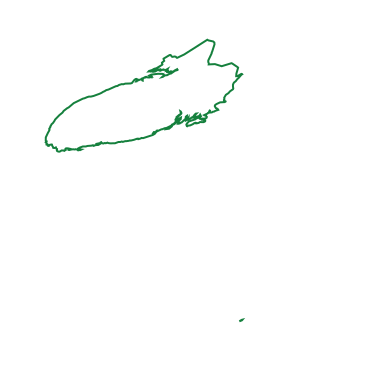 an SVG outline of Murmansk, rotated 150°
{"feature_id": "RUS-2333", "entity_name": "Murmansk", "entity_type": "Region", "adm_level": 1, "iso_a3": "RUS", "parent_name": "Russia", "parent_adm1": "", "projection": "robinson", "projection_center": [34.347, 73.115], "detail": "fine", "context": "isolated", "style": "outline", "palette": "green", "viewbox_px": 384, "rotation_deg": 150, "n_neighbors": 0, "source": "natural_earth", "source_scale": "10m", "svg_char_len": 6122}
<svg xmlns="http://www.w3.org/2000/svg" viewBox="0 0 384 384"><g transform="rotate(150 192 192)"><path d="M90.2,269.6L89.8,269.3L89.7,268.9L90.5,268.9L94.5,267.5L96.4,267.1L98.7,266.1L100.9,265.8L101.8,265.3L102.9,264.4L103.9,262.6L104.5,261.0L105.2,260.5L108.7,260.2L111.0,259.4L114.1,259.2L116.9,257.6L117.1,257.4L117.4,256.3L118.3,255.8L118.6,255.2L118.3,254.1L116.9,253.6L118.7,253.5L122.9,255.6L126.7,255.9L128.2,255.8L128.9,255.5L129.4,254.8L129.4,252.8L128.8,252.2L128.7,251.4L128.2,250.8L128.2,250.0L131.1,250.6L132.7,250.6L133.9,251.1L135.0,251.0L136.9,251.9L136.8,252.5L136.2,252.8L136.1,253.3L135.1,254.0L136.0,253.7L138.0,252.3L138.6,252.5L139.2,252.2L143.1,252.5L142.9,252.1L141.4,251.5L141.9,250.8L141.6,249.6L142.3,249.0L143.7,249.0L145.5,249.8L146.5,250.5L146.9,250.6L147.6,250.3L147.5,249.8L145.8,248.6L145.8,248.0L144.8,247.3L145.2,246.7L145.6,246.6L147.0,246.7L150.2,248.6L151.6,248.5L153.6,249.1L154.2,249.5L153.8,249.7L154.1,250.1L155.7,250.5L157.3,250.3L160.3,250.6L162.2,251.4L163.3,251.3L163.5,251.6L163.2,252.7L163.3,253.0L163.1,253.3L162.0,253.9L159.5,254.7L152.8,253.3L151.7,253.5L148.6,253.2L148.5,252.9L148.8,252.1L148.7,251.6L148.3,251.2L147.8,251.1L147.9,252.0L147.6,252.8L146.9,253.1L145.5,253.2L146.9,253.5L147.0,253.9L146.2,254.7L146.2,255.0L147.1,254.5L148.0,254.3L150.4,254.8L152.2,254.6L152.7,255.0L152.0,255.6L153.7,256.0L153.5,256.3L152.4,256.3L151.6,257.0L148.9,257.7L149.6,258.0L150.4,257.8L152.4,257.1L153.0,256.5L154.1,256.6L154.3,256.2L155.3,256.7L156.6,256.3L159.9,256.8L158.2,257.6L157.8,258.2L159.8,257.2L162.7,256.9L159.3,259.2L158.3,260.5L158.6,260.5L159.8,260.2L160.7,258.9L161.2,258.6L166.3,257.4L167.0,257.7L168.3,257.5L169.5,257.9L169.2,258.4L167.8,259.0L169.1,258.9L167.2,260.4L165.4,260.7L165.0,261.2L166.1,260.9L168.3,260.8L168.8,261.2L166.3,261.8L166.0,262.0L167.7,262.0L167.7,262.4L169.3,262.1L169.8,262.4L169.3,263.0L166.3,264.3L162.3,265.1L161.7,265.6L161.6,266.0L161.5,267.3L161.7,267.7L162.3,265.6L163.1,265.2L164.8,265.2L168.0,264.6L168.4,263.9L170.1,263.0L170.3,262.6L170.1,261.7L170.3,261.5L170.1,261.2L170.2,260.5L171.0,260.0L172.6,259.8L172.9,260.1L172.6,260.5L173.5,260.2L174.9,260.3L174.6,259.7L183.4,260.3L183.3,260.7L183.8,260.9L186.3,261.2L187.2,261.6L192.1,262.0L191.7,262.7L192.0,262.8L192.9,262.2L193.8,262.1L194.6,262.3L194.7,262.8L195.1,263.0L196.5,262.3L196.2,261.9L194.7,261.2L195.2,261.0L197.5,261.0L207.4,263.1L208.8,264.1L209.5,264.0L211.9,264.5L212.2,264.7L212.1,265.2L212.9,265.6L216.1,266.2L219.4,267.2L219.9,267.7L221.1,267.9L223.8,269.0L224.3,269.4L226.9,270.0L227.5,270.8L229.2,271.2L230.8,272.1L234.3,272.7L238.6,275.1L240.1,276.3L240.5,277.0L242.2,277.3L242.7,277.6L242.9,278.0L244.7,278.4L245.0,278.9L245.7,279.3L245.7,280.5L246.2,280.6L246.5,280.1L250.8,281.5L251.6,281.5L247.6,280.0L247.6,279.8L248.0,279.7L248.8,280.1L249.2,280.0L248.9,279.6L249.6,279.6L252.0,280.8L254.1,281.1L254.5,281.6L254.2,281.8L254.6,282.1L255.9,282.4L259.4,284.1L261.1,284.5L263.7,286.0L267.1,286.6L269.0,286.6L269.1,286.4L267.9,285.1L266.6,284.1L267.9,284.2L269.1,284.9L269.8,285.0L270.3,286.2L271.3,287.2L272.2,287.4L273.7,288.5L276.0,289.4L276.2,289.6L276.9,289.5L277.9,290.2L278.0,290.4L277.8,290.7L276.5,290.8L277.6,291.8L278.9,292.6L279.5,292.8L280.0,292.7L280.5,292.1L280.4,291.6L281.8,291.5L282.1,291.5L282.3,292.1L284.2,293.2L286.1,293.1L286.8,293.3L287.6,293.9L288.3,294.8L288.3,295.5L287.4,296.7L287.8,297.3L287.6,298.7L289.0,298.8L290.1,299.6L289.9,300.4L289.9,302.0L289.6,303.1L290.1,303.5L291.8,304.0L292.8,303.5L293.3,303.7L293.7,304.2L293.3,305.1L294.3,305.8L294.2,306.1L293.5,306.6L293.6,307.4L293.9,308.1L293.4,308.4L292.6,308.4L292.5,308.6L293.1,309.2L293.1,309.4L291.3,312.4L287.3,315.2L284.6,316.8L284.2,317.3L284.2,317.9L284.0,318.2L282.4,318.9L281.9,319.7L280.9,320.0L280.0,320.8L277.8,321.3L275.5,322.4L274.3,323.2L268.3,324.9L264.5,325.5L262.6,326.4L258.1,327.0L256.6,326.9L250.0,328.1L239.8,327.4L238.1,326.9L235.5,326.6L233.7,326.2L231.9,325.2L229.3,324.4L223.0,323.3L220.8,323.1L219.0,323.2L217.2,323.0L215.3,323.1L213.2,322.5L205.1,321.7L203.5,321.1L201.7,321.2L198.8,320.5L197.8,319.7L195.6,319.2L190.9,316.7L189.6,316.4L185.8,317.9L184.4,318.0L183.7,317.8L182.4,316.1L183.0,315.8L184.8,315.9L185.1,315.7L184.6,315.5L184.2,315.8L180.1,315.2L179.5,314.9L178.8,315.3L178.2,315.2L178.8,314.7L179.3,313.9L179.2,313.3L179.0,313.1L178.5,314.1L177.8,314.6L175.9,315.0L174.9,314.3L174.7,314.3L174.5,314.8L174.1,314.7L173.0,313.3L171.5,312.4L171.0,312.5L170.2,311.9L170.2,312.2L170.4,312.8L169.1,311.9L169.1,312.5L170.8,313.6L169.1,312.9L169.9,313.8L168.6,313.2L169.7,314.1L168.5,314.0L162.4,311.4L158.3,308.9L157.7,308.2L157.7,307.4L157.9,307.1L160.4,306.5L159.7,306.3L157.2,306.5L155.1,305.6L152.2,305.6L151.1,305.1L146.1,305.5L143.6,304.9L142.6,305.2L143.8,305.2L143.6,305.8L146.4,305.9L148.2,305.6L149.1,305.8L150.6,306.9L149.6,306.8L149.9,307.1L151.6,307.3L152.9,307.8L153.7,308.4L153.7,308.9L153.0,309.5L151.1,309.4L152.8,309.8L152.5,309.9L152.5,310.3L151.6,310.8L153.6,310.8L155.6,312.0L155.5,312.4L156.1,312.6L159.0,312.9L159.7,313.8L157.1,313.8L160.4,314.8L163.7,314.8L165.7,315.6L165.9,315.8L165.8,316.1L163.2,315.6L162.7,315.7L162.2,316.5L161.3,316.9L159.7,316.7L158.6,316.8L158.9,317.0L154.2,317.1L153.8,317.3L153.6,318.6L153.4,319.0L150.5,319.5L150.1,321.6L149.9,321.7L143.1,321.8L142.4,321.6L142.0,321.2L141.8,319.5L141.5,318.9L139.2,318.0L138.4,317.2L138.1,315.9L137.7,315.6L130.0,315.0L102.6,316.2L102.0,315.1L98.4,311.8L97.9,310.3L98.7,308.6L104.2,303.6L105.2,302.9L105.7,302.2L112.1,297.8L112.9,296.5L113.2,294.6L113.7,294.1L108.2,291.3L103.4,286.1L93.4,283.8L93.0,283.3L90.1,277.4L89.9,276.6L94.3,272.4L95.8,270.2L94.7,269.6L90.2,269.6ZM176.6,258.9L180.2,258.3L183.2,259.5L182.8,259.7L177.3,259.4L176.5,259.1L176.6,258.9ZM161.5,317.2L162.4,317.2L162.2,317.0L162.4,316.8L164.0,316.7L164.3,316.6L164.3,316.4L164.9,316.3L167.5,316.9L168.2,317.6L169.3,318.1L168.7,318.3L163.8,317.2L163.2,317.3L163.7,317.6L163.4,317.6L161.5,317.2ZM212.1,56.2L212.9,55.9L215.6,56.3L214.7,56.4L212.8,56.4L212.1,56.2ZM150.6,305.5L151.4,305.9L151.2,306.3L150.3,305.8L150.6,305.5Z" fill="none" stroke="#15803d" stroke-width="2"/></g></svg>